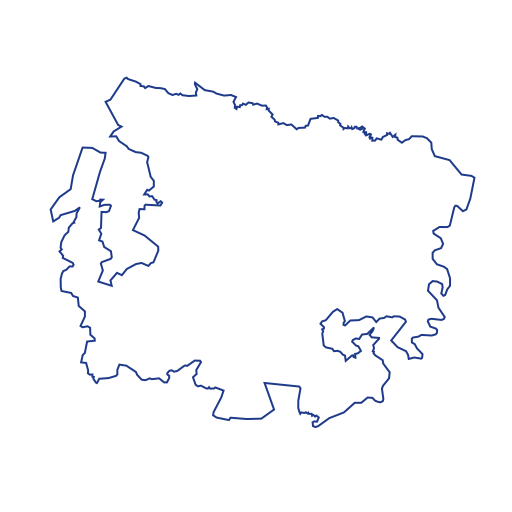 outline of Apaxtla, Guerrero, Mexico, rotated 276°
{"feature_id": "50627088B3794294637731", "entity_name": "Apaxtla", "entity_type": "district", "adm_level": 2, "iso_a3": "MEX", "parent_name": "Mexico", "parent_adm1": "Guerrero", "projection": "mercator", "projection_center": [-99.977, 18.094], "detail": "fine", "context": "isolated", "style": "outline", "palette": "blue", "viewbox_px": 512, "rotation_deg": 276, "n_neighbors": 0, "source": "geoboundaries", "source_scale": "gbopen_adm2", "svg_char_len": 6069}
<svg xmlns="http://www.w3.org/2000/svg" viewBox="0 0 512 512"><g transform="rotate(276 256 256)"><path d="M359.6,98.5L360.4,104.5L356.0,107.8L351.5,116.2L349.2,118.1L346.7,125.6L346.7,130.9L344.3,137.7L343.1,138.7L338.0,137.9L323.7,143.0L320.1,146.5L314.4,147.1L309.9,142.7L310.5,140.9L305.5,138.4L306.0,141.9L304.1,143.8L304.6,146.5L301.5,149.1L301.1,151.3L299.6,151.2L297.9,152.6L300.5,155.5L299.2,157.1L296.2,155.6L295.5,140.8L294.3,139.9L290.8,140.2L290.5,135.3L286.9,134.8L281.7,135.8L268.9,130.9L264.7,143.1L255.1,157.7L251.2,158.3L239.0,154.7L237.9,152.2L234.9,150.0L237.1,142.9L235.5,137.6L229.6,128.9L222.9,124.6L224.7,119.5L216.5,113.8L211.3,115.6L214.1,101.8L225.6,105.2L232.3,102.5L233.8,103.3L238.0,111.8L239.7,112.7L245.6,111.2L249.1,104.1L254.3,101.8L255.2,98.3L262.0,99.8L265.9,96.9L267.6,98.9L283.7,97.8L284.0,102.8L285.3,105.1L290.8,106.5L291.7,105.0L291.0,99.8L288.9,95.4L293.3,95.5L296.0,97.9L295.9,95.3L294.5,94.5L293.8,91.5L295.4,87.2L323.1,92.0L337.1,95.4L342.9,95.6L342.6,90.5L346.4,81.9L345.7,72.2L317.1,65.6L303.1,64.7L293.9,54.3L280.8,46.9L269.2,50.7L273.5,56.2L276.2,57.4L281.9,71.1L286.0,75.8L279.6,73.1L275.8,73.3L270.7,71.1L270.1,71.7L269.2,70.0L264.7,66.9L260.4,66.8L256.6,63.5L249.5,60.9L243.8,60.8L242.2,62.1L240.1,60.1L236.0,64.2L233.9,64.0L230.0,74.4L228.3,75.5L226.4,74.7L226.1,71.6L222.5,68.8L220.9,66.0L218.4,64.9L212.9,64.1L204.5,65.1L200.9,66.2L199.9,76.1L197.1,78.2L196.0,83.2L187.8,84.9L183.1,91.6L177.9,92.2L168.1,88.8L167.0,91.0L168.5,95.8L167.3,98.5L160.4,99.5L157.2,104.1L154.9,104.5L153.3,97.0L141.7,95.9L139.3,94.0L131.9,93.2L131.9,98.2L124.5,101.1L121.8,101.1L120.6,103.1L121.1,105.7L118.8,105.9L118.8,107.3L116.9,107.1L113.4,110.0L113.0,111.1L117.5,112.9L119.2,122.2L122.2,129.4L123.8,130.5L128.3,130.0L133.7,131.5L133.4,138.5L128.1,148.7L125.4,150.2L121.0,155.3L121.0,159.2L123.2,163.1L122.6,165.2L124.2,172.4L120.7,177.9L121.0,180.6L125.4,182.4L127.8,182.2L128.9,180.2L130.2,180.0L132.8,181.9L133.5,184.1L132.4,186.6L133.4,189.7L138.9,195.7L139.8,197.1L139.5,199.0L145.6,206.0L146.0,211.3L144.7,212.4L136.3,208.5L132.5,209.3L128.8,206.0L121.7,209.4L120.3,211.8L121.3,214.8L119.1,220.4L119.1,221.9L120.6,223.0L119.3,224.3L119.8,227.9L121.0,229.3L118.8,237.8L111.9,236.3L96.2,230.1L93.1,230.0L91.2,233.7L90.0,246.2L92.5,247.6L92.9,263.8L94.8,278.3L105.2,290.0L130.6,277.8L130.7,312.6L129.0,314.1L116.6,313.2L109.3,313.9L105.2,315.6L103.7,316.5L105.1,317.3L105.0,320.9L105.8,321.9L104.7,324.0L105.5,324.4L104.6,325.2L104.8,327.9L103.0,328.5L103.9,329.8L102.5,331.5L103.6,332.7L102.0,335.3L97.6,334.0L97.6,331.2L96.5,329.7L92.8,330.5L92.1,333.0L93.2,335.5L102.4,345.8L109.7,359.9L120.3,369.5L121.0,376.0L126.9,381.8L127.1,386.6L124.6,389.5L123.7,392.5L123.5,394.9L124.9,397.3L127.2,397.6L137.2,395.1L140.3,395.9L148.2,401.1L154.3,401.1L162.3,393.8L165.6,392.9L169.6,385.1L171.5,383.1L173.1,383.3L173.4,382.1L176.6,383.0L179.7,381.9L186.7,387.1L187.4,386.9L187.2,379.6L189.4,377.2L193.5,379.8L197.3,380.8L190.1,374.7L189.0,369.7L184.3,367.3L184.4,363.9L182.5,361.0L180.8,360.6L177.3,365.0L176.9,367.2L172.6,370.3L169.8,367.4L169.0,364.8L165.3,365.5L165.8,363.6L167.4,362.8L167.0,361.7L161.1,356.2L166.3,354.9L166.8,352.9L169.6,349.8L170.2,346.9L169.5,343.5L171.7,341.6L172.4,335.2L174.1,332.7L185.8,330.0L188.1,330.7L190.0,329.5L190.9,331.1L192.4,331.0L195.3,327.2L197.9,328.6L199.4,332.1L208.6,338.4L211.7,342.3L208.6,348.0L200.5,351.2L198.7,350.1L196.6,350.3L196.2,351.8L201.7,356.5L203.0,365.2L207.4,372.0L207.1,378.3L202.9,382.5L206.7,385.5L207.8,389.9L209.7,392.1L209.2,397.8L210.4,399.3L210.8,405.1L208.4,410.9L206.3,412.0L186.1,399.3L180.1,406.4L177.0,415.2L173.5,417.6L169.6,418.7L171.6,424.0L171.2,431.0L172.0,431.8L175.8,431.9L180.9,425.8L184.9,423.1L186.3,420.1L190.0,419.6L191.3,420.6L192.8,426.0L194.8,428.7L195.3,439.2L196.8,442.8L198.2,443.9L201.3,443.9L202.6,442.5L204.0,436.7L208.9,433.7L210.8,434.2L211.9,437.1L211.8,447.1L212.9,449.3L215.0,450.1L223.6,442.9L230.9,440.6L239.4,430.7L246.0,431.0L249.5,434.3L249.5,438.9L247.5,444.1L244.1,444.9L238.1,444.2L236.0,446.6L237.0,448.2L242.8,449.7L246.8,452.1L254.2,451.3L263.0,447.4L265.0,443.9L266.7,436.7L271.6,432.0L277.6,431.3L280.3,433.2L283.2,439.3L287.7,440.8L293.0,437.9L296.9,430.3L299.5,429.6L304.0,435.4L304.8,443.4L306.5,445.6L325.2,448.1L326.9,449.1L326.8,450.9L322.2,457.1L324.3,460.4L335.3,463.1L356.7,465.1L358.2,461.9L358.5,451.9L371.6,438.5L374.0,423.4L380.7,419.6L387.0,418.5L391.0,413.7L392.3,409.3L391.4,398.4L388.2,396.0L386.9,392.5L383.9,389.2L386.4,384.8L388.4,384.3L388.9,381.9L391.2,381.9L388.7,379.5L392.5,376.4L391.4,375.7L391.7,373.5L390.1,373.8L387.7,369.8L384.8,368.5L385.6,363.7L383.3,362.5L382.8,359.6L385.8,359.4L386.0,358.2L384.7,357.2L385.9,356.4L388.9,357.6L389.5,356.5L387.4,352.8L388.9,351.5L389.3,352.7L390.6,352.6L390.7,349.8L394.1,350.9L395.9,348.0L395.1,347.1L393.6,348.2L392.5,346.5L392.9,345.3L394.1,345.5L393.4,343.3L395.1,342.4L394.8,340.7L393.5,340.5L392.3,338.5L393.9,337.6L393.0,337.3L392.9,335.7L394.4,334.1L392.5,333.8L392.6,330.9L391.5,329.8L392.7,329.6L394.7,326.0L396.2,326.2L397.7,323.7L399.3,323.6L401.4,318.8L400.3,315.1L401.9,312.4L401.6,309.6L403.2,306.7L401.8,305.5L401.7,303.0L399.8,303.1L398.1,295.9L391.2,294.1L390.6,291.8L388.8,291.3L387.8,284.9L386.3,283.2L390.5,277.4L389.4,273.0L391.0,269.3L389.2,264.5L390.9,264.2L391.8,260.9L393.5,260.3L396.1,256.8L398.5,257.7L401.9,253.4L403.8,253.3L403.2,251.3L404.9,251.5L406.7,250.0L406.1,246.4L407.7,241.1L406.2,237.4L407.6,236.7L407.9,232.5L405.3,230.1L406.2,227.1L404.5,226.2L404.3,224.5L402.4,224.3L402.5,221.5L400.2,221.2L401.2,219.4L403.9,219.4L407.0,217.5L412.0,219.5L413.5,214.2L412.2,207.5L413.4,199.8L415.0,196.1L415.6,187.7L422.0,177.3L420.6,177.2L415.7,180.2L412.3,179.1L409.4,179.9L408.1,172.8L408.2,166.1L409.7,163.7L408.2,162.2L408.9,159.6L407.4,156.1L408.8,151.8L412.5,147.9L413.0,143.0L412.6,139.0L413.8,131.2L411.4,128.2L413.0,126.7L413.0,123.4L414.9,123.1L416.9,118.2L418.6,110.2L419.8,108.7L418.6,106.5L396.3,94.9L393.6,90.3L371.9,105.2L370.6,108.7L365.0,101.4L359.6,98.5Z" fill="none" stroke="#1e3a8a" stroke-width="2"/></g></svg>